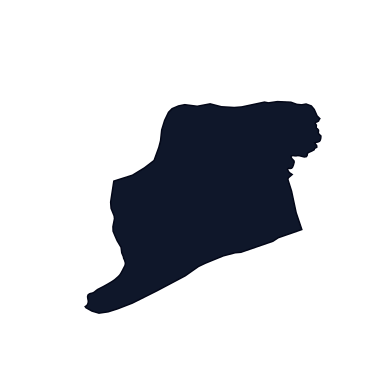 San Lucas Tolimán, Sololá, Guatemala, rotated 63°
{"feature_id": "79465075B2167419407314", "entity_name": "San Lucas Tolimán", "entity_type": "district", "adm_level": 2, "iso_a3": "GTM", "parent_name": "Guatemala", "parent_adm1": "Sololá", "projection": "mercator", "projection_center": [-91.143, 14.59], "detail": "fine", "context": "isolated", "style": "filled", "palette": "ink", "viewbox_px": 384, "rotation_deg": 63, "n_neighbors": 0, "source": "geoboundaries", "source_scale": "gbopen_adm2", "svg_char_len": 2009}
<svg xmlns="http://www.w3.org/2000/svg" viewBox="0 0 384 384"><g transform="rotate(63 192 192)"><path d="M184.7,44.8L180.9,46.0L173.9,45.6L169.5,46.6L165.4,50.4L164.1,54.7L161.5,58.8L156.9,63.1L150.2,74.9L147.3,83.4L144.8,86.6L138.8,109.0L135.9,116.0L129.4,127.1L121.7,135.8L118.0,148.4L110.9,158.8L109.2,164.9L108.7,171.9L110.3,176.7L115.8,183.9L122.9,190.8L132.0,196.7L137.2,201.3L146.7,211.5L148.9,223.4L150.0,237.4L146.8,256.7L164.1,269.1L169.8,271.5L177.9,272.2L180.6,273.2L187.0,278.2L191.1,280.1L196.3,280.5L201.4,280.8L209.1,280.3L214.3,282.2L218.4,282.5L220.1,283.0L221.8,283.0L223.6,283.3L225.0,283.6L226.1,284.3L227.1,285.1L228.4,286.9L229.1,287.9L230.1,289.2L230.9,290.4L231.6,291.4L232.5,292.8L233.2,294.1L233.6,295.2L234.1,296.8L234.4,298.1L234.8,299.6L235.1,300.9L235.3,302.4L235.5,304.1L235.7,307.1L235.8,308.9L235.9,311.2L236.0,313.8L236.0,316.5L236.0,318.7L236.0,320.3L236.2,321.5L236.5,323.0L236.8,324.3L236.9,325.4L236.8,326.8L236.4,328.2L236.2,329.6L236.5,331.3L237.6,332.4L238.7,332.9L240.3,333.4L242.1,333.9L243.5,334.8L244.6,335.9L245.4,337.3L245.6,339.2L247.0,339.0L252.7,335.2L257.7,329.9L260.7,321.1L262.3,311.4L263.9,295.7L264.1,268.2L263.6,236.1L261.3,220.0L261.5,212.4L263.1,193.1L265.7,181.2L267.9,175.8L272.6,142.2L271.9,135.9L275.3,111.2L257.7,108.6L236.4,102.9L224.4,100.9L223.1,99.8L221.9,94.8L219.2,96.3L218.1,96.6L216.9,96.7L215.2,96.7L214.6,95.2L215.6,94.0L216.0,92.5L215.6,91.3L214.1,89.5L211.9,87.5L210.7,87.0L209.1,87.4L207.8,87.8L205.8,88.0L204.9,86.9L205.5,85.3L206.5,83.9L207.1,82.7L207.5,81.4L208.3,80.0L211.8,76.0L212.4,74.0L211.5,72.6L210.0,71.7L209.7,70.0L209.9,66.8L209.8,64.0L208.8,63.0L208.8,61.4L208.7,60.4L207.0,59.8L205.7,60.2L203.9,60.4L204.2,58.7L204.6,57.0L204.7,55.4L204.2,54.4L203.0,53.2L202.0,52.5L200.6,51.7L199.2,52.2L197.6,52.7L196.1,52.4L195.2,51.6L194.2,51.2L192.5,51.6L191.6,52.3L190.3,51.7L188.9,50.8L187.7,51.0L186.6,51.1L186.1,49.8L186.3,48.7L186.2,47.0L185.2,45.9L184.7,44.8Z" fill="#0f172a" stroke="#020617" stroke-width="1.5"/></g></svg>